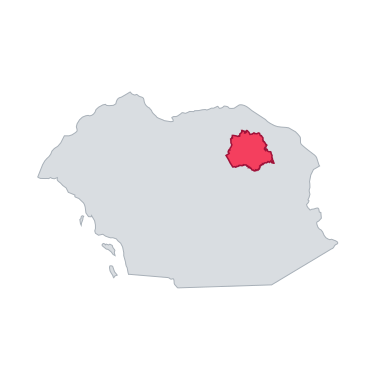 Mlele, Katavi, United Republic of Tanzania shown in context, rotated 149°
{"feature_id": "72390352B12905062635487", "entity_name": "Mlele", "entity_type": "district", "adm_level": 2, "iso_a3": "TZA", "parent_name": "United Republic of Tanzania", "parent_adm1": "Katavi", "projection": "mercator", "projection_center": [31.658, -6.61], "detail": "fine", "context": "in_parent", "style": "filled", "palette": "rose", "viewbox_px": 384, "rotation_deg": 149, "n_neighbors": 0, "source": "geoboundaries", "source_scale": "gbopen_adm2", "svg_char_len": 8772}
<svg xmlns="http://www.w3.org/2000/svg" viewBox="0 0 384 384"><g transform="rotate(149 192 192)"><path d="M147.9,260.3L144.2,258.3L140.9,257.2L138.2,255.9L137.0,254.6L134.4,254.1L132.2,253.9L130.2,252.7L126.0,252.3L125.6,251.5L125.5,249.7L124.8,249.3L123.2,248.8L121.6,248.8L120.6,249.1L120.0,249.0L118.6,247.9L117.4,246.6L116.9,244.5L115.0,243.2L112.8,242.1L106.7,242.3L105.7,241.9L104.2,240.9L102.5,239.1L101.2,237.1L100.0,234.4L98.7,230.8L91.7,216.3L91.0,213.5L89.6,210.5L87.3,206.7L85.0,204.0L81.7,201.4L78.1,198.9L76.1,197.2L72.3,190.4L71.5,187.2L71.0,183.9L71.2,182.6L73.6,178.3L73.8,177.1L73.5,175.5L72.4,172.1L70.9,168.0L67.9,160.5L67.5,158.6L67.5,157.2L69.3,149.6L69.2,148.6L76.3,148.7L81.4,145.4L85.9,140.4L86.8,138.3L88.6,135.1L90.4,133.5L91.1,132.4L92.1,129.3L94.4,127.1L96.7,125.5L96.2,124.3L96.6,123.9L97.8,123.0L100.3,122.2L100.7,120.6L100.7,118.7L100.3,117.6L100.4,116.4L100.0,115.7L98.4,115.6L96.1,114.6L94.1,114.2L92.8,113.7L92.3,113.3L92.1,112.1L93.2,109.2L92.1,108.1L94.5,103.2L95.0,102.7L95.9,102.6L97.3,102.1L98.6,101.8L99.6,102.0L100.4,101.8L101.1,101.3L101.7,99.6L102.2,96.9L101.9,94.7L100.9,93.0L100.6,90.4L101.1,86.8L100.8,83.9L99.6,81.6L98.5,80.2L96.7,79.6L93.9,76.0L93.1,74.3L93.3,73.2L94.2,72.7L96.0,72.9L97.6,72.5L99.2,71.5L100.7,71.2L101.5,71.4L171.6,71.4L253.5,117.1L253.8,117.6L254.5,121.6L254.3,122.9L253.1,125.2L252.7,126.4L252.7,127.2L253.0,127.5L254.1,127.7L255.0,128.2L255.3,128.6L256.0,130.3L256.9,131.2L288.1,153.7L288.8,154.0L288.3,155.9L286.6,160.5L286.5,162.4L285.8,164.6L285.1,166.1L283.3,172.6L281.8,175.0L279.8,180.6L279.5,184.9L280.6,188.0L281.0,190.8L283.4,193.6L285.3,194.6L286.6,195.9L288.9,198.8L290.2,201.7L294.4,203.1L296.0,206.4L295.4,208.7L293.5,210.5L291.7,213.6L290.3,217.5L290.2,223.6L291.2,222.7L293.4,224.2L293.7,228.7L291.4,233.9L290.7,236.4L290.6,238.5L292.3,244.7L294.7,247.9L294.6,248.9L293.9,249.7L298.2,255.4L297.8,260.3L299.4,264.1L300.1,267.5L301.1,270.0L301.3,271.8L300.0,273.7L303.1,274.2L305.0,275.8L305.8,277.3L308.0,277.3L309.3,278.3L311.0,279.2L314.9,281.7L315.9,283.0L316.5,284.3L305.9,292.4L302.1,294.5L299.3,295.4L296.4,296.0L293.6,297.2L291.0,299.2L287.6,300.2L283.5,300.3L279.2,301.7L272.5,305.9L268.5,303.5L265.4,302.8L261.8,302.9L259.7,303.2L258.9,303.7L258.2,305.1L257.6,307.4L255.3,309.7L251.2,311.8L247.4,312.6L244.0,312.1L241.6,311.2L240.4,309.9L238.6,309.4L236.3,309.5L234.0,310.4L231.8,312.1L228.3,312.8L223.6,312.6L221.0,311.7L220.7,310.3L218.6,308.7L214.8,306.8L211.9,306.8L210.1,308.6L208.5,309.7L207.0,310.2L205.7,310.2L203.7,309.7L198.5,309.6L193.5,309.6L193.0,307.0L191.9,305.4L191.0,304.5L189.3,304.2L188.8,303.5L188.3,301.9L187.4,300.5L186.3,299.3L185.6,298.3L185.4,297.3L185.6,296.2L186.6,293.6L186.9,291.7L186.8,289.8L186.3,287.9L185.1,285.6L185.2,285.0L184.8,283.4L184.8,282.3L185.0,281.0L184.8,279.2L183.7,275.4L183.7,274.4L182.7,272.5L179.4,268.2L179.2,267.6L174.0,263.2L171.9,262.3L171.2,263.1L170.9,263.8L171.1,265.3L171.0,266.0L170.8,266.3L169.5,266.2L168.8,266.1L166.8,264.9L165.3,264.6L161.5,264.8L160.1,265.1L159.1,264.8L157.1,262.8L154.7,262.4L152.6,262.3L149.1,260.0L147.9,260.3ZM294.9,187.3L296.6,192.1L296.4,193.0L295.2,193.5L294.6,193.6L293.8,192.8L293.3,191.2L292.4,191.6L290.8,189.6L289.3,189.6L287.9,187.3L288.4,185.2L288.1,181.8L289.8,180.1L290.7,177.1L291.8,179.1L292.1,182.3L293.5,186.0L294.9,187.3ZM303.2,158.8L303.3,159.9L302.9,161.0L303.0,164.4L302.9,166.6L301.6,169.8L300.6,170.9L299.6,170.6L298.9,170.0L298.3,169.2L299.5,163.5L298.9,159.3L301.3,159.7L303.2,158.8ZM299.7,227.9L298.5,228.2L298.0,227.9L297.3,227.0L298.6,226.2L299.8,224.6L302.7,222.3L304.1,220.5L303.9,222.3L302.3,226.2L300.9,226.4L299.7,227.9Z" fill="#d9dde1" stroke="#a8b0b8" stroke-width="1"/><path d="M125.0,177.6L124.8,177.5L124.8,177.4L124.7,177.3L124.2,177.3L123.6,177.3L123.5,177.0L123.3,177.1L123.4,176.9L122.8,177.0L122.7,177.2L122.3,177.2L122.3,177.5L122.1,177.8L121.6,178.0L121.5,177.9L121.3,178.0L121.0,178.4L121.0,178.6L120.9,178.6L120.8,178.4L120.7,178.5L120.6,178.8L120.5,179.1L120.3,179.2L120.3,179.3L120.1,179.2L119.9,179.4L119.7,179.5L119.3,179.3L119.1,179.3L118.9,179.7L118.7,179.7L118.7,179.3L118.4,179.4L118.2,179.5L117.9,179.6L117.8,179.3L117.6,179.2L117.4,179.1L117.1,179.0L116.9,179.1L116.6,179.2L116.6,179.4L116.4,179.4L116.4,179.5L116.2,179.3L115.8,179.5L116.0,179.6L115.9,179.6L115.6,179.4L115.5,179.5L115.3,179.4L114.3,179.5L113.4,178.7L113.0,178.8L111.9,178.5L111.6,178.9L111.3,179.0L110.6,178.5L110.4,177.7L110.1,177.9L109.8,177.8L109.5,177.5L109.4,177.5L109.1,177.6L108.7,178.0L108.2,178.1L108.5,177.6L108.5,177.2L108.4,176.9L108.1,176.7L108.1,176.4L108.5,176.3L108.5,176.1L108.0,176.0L108.1,175.5L108.0,175.4L107.6,175.3L107.3,174.7L106.9,174.5L106.7,175.3L106.8,175.4L106.8,176.0L106.7,176.1L106.8,176.3L106.5,176.8L106.5,177.1L106.2,177.4L106.2,177.5L106.5,178.2L106.5,178.5L106.3,179.0L106.2,179.0L105.9,179.2L105.7,179.6L105.9,180.0L105.9,180.3L105.5,180.7L105.4,181.0L105.1,181.4L104.7,181.8L104.5,182.5L104.5,183.0L104.4,183.3L104.4,184.0L104.1,184.9L103.9,185.2L103.8,185.7L103.9,185.9L104.1,186.2L105.5,187.1L105.8,187.7L106.0,187.9L106.2,188.3L106.0,188.8L106.1,189.2L105.7,189.5L105.9,190.0L105.9,190.4L106.0,190.5L106.5,190.0L106.8,190.1L107.2,189.7L107.4,189.6L107.4,189.8L107.6,190.1L107.9,191.2L107.8,191.3L107.3,191.4L107.5,191.7L107.5,192.0L107.3,192.2L106.4,192.6L106.1,192.2L105.9,192.2L105.7,192.5L105.4,192.7L105.1,192.7L105.0,192.8L105.0,193.0L104.7,193.3L104.6,193.6L104.5,193.8L104.4,193.6L103.9,193.7L103.7,193.7L103.8,194.3L104.0,194.6L104.1,194.8L104.3,195.0L104.1,195.7L104.2,196.0L104.1,196.5L104.2,196.8L104.1,197.1L104.2,197.4L104.3,197.4L104.4,197.6L104.3,197.8L104.5,197.9L104.5,198.0L104.6,198.4L104.7,198.5L104.9,198.9L104.7,199.3L104.5,199.2L104.5,199.3L104.4,199.6L104.5,199.7L104.3,200.1L104.4,200.4L104.0,200.8L103.3,201.8L103.4,202.8L103.5,203.0L103.5,203.5L103.5,203.9L103.5,204.5L103.8,204.5L104.3,205.1L104.3,205.9L103.9,207.5L104.6,208.4L105.0,208.5L106.0,208.4L106.7,208.7L107.6,209.4L108.2,209.8L108.1,210.3L108.5,210.8L108.9,210.7L109.0,210.6L110.1,210.8L110.4,210.6L110.8,210.7L111.0,210.8L111.3,211.0L111.8,211.1L112.2,211.4L112.5,211.4L112.7,211.5L112.5,213.2L112.5,213.8L112.9,215.5L113.0,216.0L113.3,216.5L114.5,216.4L114.6,215.4L115.2,215.2L115.6,215.1L115.7,215.6L115.8,215.6L115.7,215.7L115.8,215.9L115.8,216.0L116.0,216.0L115.8,216.2L115.9,216.7L115.8,216.9L115.9,217.3L116.4,217.8L116.7,217.8L116.8,218.2L117.0,218.7L117.4,218.9L117.6,218.9L117.7,219.0L117.8,218.7L117.7,218.3L118.1,218.3L118.1,218.1L118.3,218.0L118.6,217.6L118.8,217.5L119.5,217.4L120.4,217.2L120.9,217.2L121.2,216.9L121.7,216.2L121.9,215.9L122.0,215.8L122.3,215.8L122.4,216.0L122.7,216.0L122.6,215.9L122.7,215.7L122.8,215.8L122.7,215.7L122.7,215.4L123.5,215.7L124.2,216.2L124.5,216.3L124.6,216.6L124.8,216.9L125.9,217.9L127.3,219.1L128.3,219.7L128.6,219.3L128.7,219.0L129.1,218.7L129.3,218.2L129.3,217.6L129.5,217.4L129.8,217.5L129.9,217.8L130.1,218.0L130.6,217.5L131.2,217.6L131.6,217.5L131.6,217.2L131.8,216.7L132.0,216.6L132.0,216.3L132.6,215.3L133.3,214.1L133.5,212.0L134.0,211.5L134.4,211.3L134.6,211.0L135.6,210.4L136.3,210.2L137.5,209.2L138.0,209.3L138.3,209.2L138.2,208.8L138.4,208.9L138.5,208.8L138.7,208.7L139.1,208.7L139.2,208.4L139.5,208.5L139.7,208.2L140.3,207.9L140.4,207.7L140.5,207.5L140.2,206.6L140.3,205.9L142.5,205.8L144.0,205.8L144.0,200.4L144.1,200.2L144.1,199.9L144.2,198.3L144.3,197.2L144.2,194.6L144.2,192.5L143.7,192.3L143.5,192.1L143.1,192.1L142.8,192.0L142.6,191.7L142.1,191.5L142.0,191.0L141.8,191.0L141.7,190.8L141.5,190.7L141.1,190.7L141.1,190.8L140.8,190.8L140.6,190.9L140.4,190.9L140.2,190.6L139.9,190.5L139.7,190.5L139.5,190.3L138.7,190.4L138.5,190.2L138.3,190.3L138.3,190.2L138.0,190.2L138.0,190.3L137.7,190.2L137.4,190.2L137.2,190.2L137.0,189.9L136.4,189.6L136.3,189.3L135.6,188.9L135.4,188.9L135.4,188.7L134.9,188.5L134.6,188.6L134.3,188.7L134.1,188.5L133.8,188.8L133.6,188.5L133.5,188.4L133.4,188.4L133.1,188.3L132.9,188.2L132.7,187.8L132.3,187.8L132.0,187.6L131.8,187.4L131.8,187.2L131.6,187.0L131.6,186.9L131.5,186.7L131.4,186.7L131.4,186.3L131.5,186.2L131.4,186.0L131.2,185.9L131.3,185.8L131.0,185.7L131.1,185.3L130.9,185.2L131.1,184.9L130.9,184.7L130.6,184.3L130.4,184.2L130.6,184.0L130.3,184.0L130.2,183.8L130.3,183.8L130.3,183.5L130.1,183.5L130.1,183.4L129.8,183.2L130.0,183.0L129.8,182.8L129.8,182.6L129.8,182.4L129.7,182.3L129.5,182.2L129.4,182.3L129.3,182.2L129.4,181.8L129.2,181.5L129.2,181.4L129.3,181.4L129.2,181.2L129.2,180.9L129.2,180.7L129.3,180.4L129.2,180.0L128.9,179.6L128.7,179.5L128.3,179.4L128.2,179.1L128.0,178.8L127.9,178.7L128.0,178.5L127.9,178.1L127.5,178.1L127.4,177.9L127.2,177.9L126.8,177.9L126.6,177.6L126.4,177.8L126.0,177.8L125.9,177.6L125.7,177.8L125.6,177.7L125.6,177.8L125.3,177.5L125.0,177.6Z" fill="#f43f5e" stroke="#9f1239" stroke-width="1.5"/></g></svg>